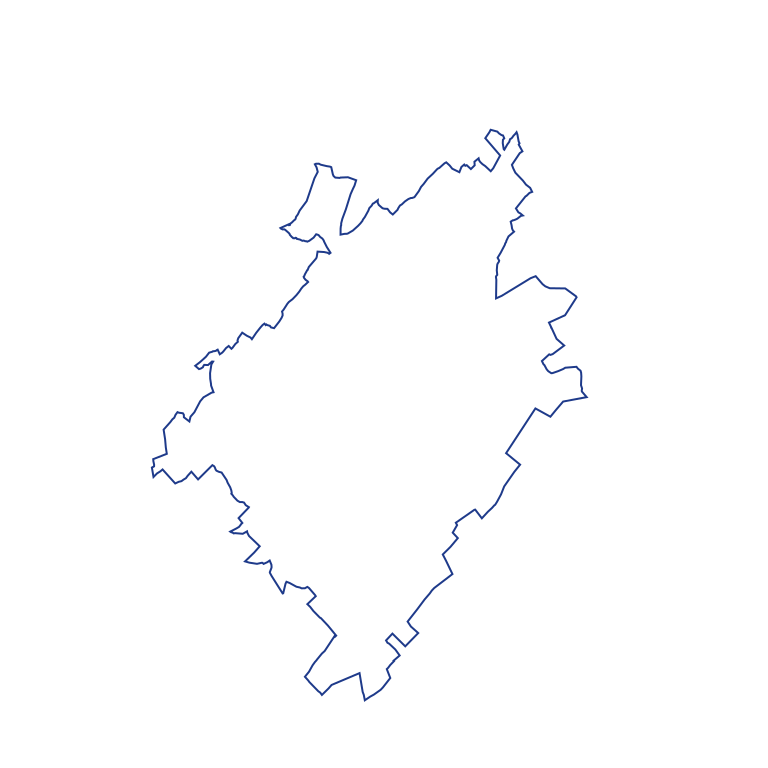 the district of Espita, Yucatán, Mexico, rotated 220°
{"feature_id": "50627088B66728778479631", "entity_name": "Espita", "entity_type": "district", "adm_level": 2, "iso_a3": "MEX", "parent_name": "Mexico", "parent_adm1": "Yucatán", "projection": "equal_earth", "projection_center": [-88.312, 21.01], "detail": "fine", "context": "isolated", "style": "outline", "palette": "blue", "viewbox_px": 768, "rotation_deg": 220, "n_neighbors": 0, "source": "geoboundaries", "source_scale": "gbopen_adm2", "svg_char_len": 6166}
<svg xmlns="http://www.w3.org/2000/svg" viewBox="0 0 768 768"><g transform="rotate(220 384 384)"><path d="M480.0,173.6L478.4,177.1L476.7,179.4L476.1,182.0L475.2,184.5L475.4,187.5L475.2,193.0L465.1,191.4L463.3,211.5L461.3,211.8L460.0,211.4L457.9,210.2L456.6,209.9L454.0,210.6L451.5,211.8L442.9,209.3L440.4,207.9L435.4,206.0L432.5,204.3L430.5,202.6L430.4,201.8L428.2,201.5L426.7,201.0L421.3,200.4L418.5,200.9L416.8,202.4L415.0,203.2L412.0,202.3L408.3,202.8L408.2,202.2L409.2,187.8L403.2,186.5L403.4,184.6L403.3,184.3L403.2,181.4L404.2,178.5L406.9,172.1L405.9,172.2L404.3,172.9L403.2,172.9L402.1,174.1L395.9,178.5L394.2,183.1L392.9,182.1L389.7,180.8L374.9,179.8L375.1,171.4L376.4,158.8L372.3,160.6L365.7,164.6L362.7,168.5L362.1,168.9L360.6,168.8L358.8,172.6L358.1,175.3L354.1,173.2L352.9,172.0L352.1,171.0L350.5,166.4L350.0,166.0L346.7,164.7L327.0,158.4L326.7,158.9L331.1,167.8L331.6,169.8L328.4,170.9L320.8,172.4L317.5,174.1L315.8,174.5L313.3,176.7L312.3,179.3L310.4,179.5L301.1,178.0L299.9,177.6L301.2,166.1L297.2,165.8L292.1,164.7L282.9,163.8L281.9,164.1L271.7,162.9L258.9,160.5L259.1,158.8L259.8,158.9L257.8,141.3L258.3,137.6L258.2,129.4L258.1,129.1L258.2,126.6L257.9,122.6L256.5,115.4L256.4,108.9L251.5,108.2L249.6,107.7L236.8,106.4L234.5,106.6L231.7,105.9L230.8,115.1L230.7,119.8L216.9,146.8L202.4,134.4L199.7,132.9L195.4,129.4L193.6,135.7L192.1,139.6L190.0,147.6L189.8,150.8L190.2,162.8L198.6,167.4L198.4,169.2L198.6,172.8L198.2,178.1L198.8,178.2L197.5,186.1L204.7,187.9L213.1,188.4L215.0,188.0L217.6,188.9L217.1,198.2L199.1,196.7L197.7,215.2L207.5,215.5L213.2,217.2L213.7,232.7L214.4,245.1L214.3,252.9L214.6,256.5L214.4,260.0L209.4,282.4L222.9,288.5L229.4,291.2L228.4,302.0L228.4,313.4L235.8,314.3L237.3,322.9L239.8,323.9L233.9,345.7L233.4,346.4L222.7,344.0L222.3,352.9L221.6,358.5L221.5,362.0L221.2,362.9L221.7,366.4L223.4,374.7L226.1,382.8L227.7,400.5L227.9,409.7L246.0,409.5L252.3,462.6L235.5,465.9L235.6,474.6L235.5,485.7L220.3,504.2L227.4,505.4L228.1,505.8L229.4,507.9L232.3,509.7L237.7,516.7L240.3,519.4L242.0,520.5L245.3,520.4L247.6,520.9L255.6,513.0L256.4,510.6L258.8,505.9L261.9,500.7L262.8,499.8L266.4,499.4L268.8,499.8L273.3,501.6L274.4,501.6L277.8,503.1L276.5,512.9L275.2,513.3L274.0,515.3L270.7,529.3L280.8,529.5L291.8,534.7L292.2,534.6L292.5,535.0L297.1,537.1L289.5,553.1L292.2,574.2L293.2,574.6L306.6,573.7L318.6,563.9L323.2,562.5L326.7,562.4L337.1,564.1L339.7,559.3L350.5,527.2L353.2,521.6L364.9,536.0L367.1,538.0L367.4,538.7L367.4,540.4L370.7,543.6L373.9,548.1L374.4,549.4L374.5,551.1L375.0,552.5L378.1,553.7L379.0,559.5L380.9,568.3L381.5,569.6L381.7,571.2L382.3,572.3L383.5,577.1L382.3,584.3L384.0,584.5L385.8,585.4L388.3,587.6L391.3,589.8L390.6,592.1L390.0,592.7L388.9,594.6L388.1,596.4L387.2,600.8L386.0,602.3L389.2,602.3L391.4,601.9L395.8,603.3L396.2,618.8L395.8,619.6L395.4,623.9L394.0,626.4L398.1,628.2L403.4,628.0L408.3,629.1L419.2,630.3L423.7,632.3L426.9,634.1L428.4,648.1L427.5,651.2L434.7,654.0L434.9,655.5L436.8,656.4L442.2,660.9L444.3,662.1L444.2,659.9L444.4,657.4L444.2,655.2L444.3,653.9L444.8,652.6L443.7,650.0L443.5,646.7L442.4,640.8L443.1,640.8L443.9,641.4L447.9,644.9L449.9,647.6L449.8,649.5L452.6,650.9L454.0,650.2L457.1,649.9L459.4,650.2L465.7,647.3L465.1,644.6L464.4,637.4L441.9,633.7L439.0,619.5L439.0,615.6L446.5,616.0L449.9,615.7L452.9,615.9L454.8,616.4L456.6,617.7L457.6,612.4L455.1,609.8L455.6,604.5L461.3,604.8L462.0,603.4L463.6,603.7L464.2,600.0L462.4,594.7L470.1,592.8L474.1,593.6L478.8,593.8L479.5,592.0L480.5,585.1L481.1,583.9L481.4,582.7L481.7,576.4L482.6,569.4L482.2,562.7L482.3,558.8L481.3,554.2L480.8,546.9L481.0,546.3L482.1,544.5L483.0,543.7L484.2,541.4L485.3,537.4L485.8,533.0L486.5,531.0L486.1,527.9L485.6,526.1L486.2,519.5L489.6,519.4L493.9,520.4L496.4,518.5L498.1,517.7L503.1,517.8L505.5,518.9L506.9,520.8L508.0,515.9L508.5,515.0L508.1,512.6L508.3,509.3L507.4,506.7L506.0,499.6L505.8,496.4L505.4,495.1L505.3,492.0L505.5,488.6L506.5,481.5L508.5,475.9L509.1,475.1L510.8,473.6L513.3,470.5L517.1,475.1L518.6,477.3L518.8,478.0L520.1,479.6L522.1,483.8L525.5,493.3L531.6,507.9L533.2,513.4L534.1,517.0L536.3,522.2L544.5,519.2L550.0,514.2L550.4,513.4L554.0,510.8L556.3,510.9L557.9,511.7L563.8,516.2L565.1,515.8L567.9,514.1L573.5,511.3L575.5,510.9L577.7,509.0L578.2,507.9L574.9,506.6L571.1,503.9L569.5,496.8L560.8,474.4L560.1,462.7L559.0,458.5L558.8,455.5L557.9,453.7L557.8,452.8L558.1,451.7L558.4,448.5L558.8,446.8L558.3,445.2L558.9,444.6L559.6,445.2L563.6,436.9L562.8,436.8L560.9,437.3L560.0,438.3L558.9,438.6L554.1,438.5L552.8,438.3L552.1,437.8L548.8,437.3L548.3,437.5L547.3,437.3L546.3,438.0L545.6,439.3L544.9,439.5L544.2,439.1L541.3,440.6L538.6,441.2L538.0,442.0L536.9,442.6L536.2,442.7L535.0,443.6L534.3,443.7L533.3,445.6L532.0,450.9L532.2,455.1L530.6,455.8L529.7,456.0L527.5,455.6L524.7,455.8L522.4,455.2L521.7,454.7L515.9,452.2L509.3,450.1L509.7,448.5L510.2,448.6L511.9,448.1L514.7,446.6L520.0,442.7L517.2,438.1L516.7,436.7L516.8,425.3L515.8,422.2L516.0,421.9L515.1,417.2L514.5,415.5L514.5,414.5L513.5,413.9L511.0,413.4L508.5,413.6L507.7,413.4L508.2,409.3L508.7,406.9L508.7,403.9L508.3,400.4L508.2,395.8L508.6,390.2L509.6,385.7L509.6,383.4L508.7,376.4L508.7,374.0L507.0,372.8L505.7,371.3L505.0,368.9L504.4,364.6L504.1,356.1L507.0,354.7L508.8,355.2L511.3,354.1L512.4,354.0L512.5,353.1L514.4,353.4L514.9,351.2L515.0,347.8L514.8,341.1L514.0,333.4L516.1,333.8L520.1,332.8L525.6,332.2L525.1,325.4L524.2,323.2L523.1,322.4L523.6,319.0L523.3,314.2L523.5,312.9L527.4,313.3L528.1,310.0L528.0,305.9L528.1,304.0L528.9,301.2L533.5,303.4L533.9,302.5L534.1,301.3L535.4,299.7L536.0,299.3L536.3,298.3L538.1,295.6L537.9,290.5L539.0,282.5L540.3,276.6L535.3,276.5L534.3,278.0L533.5,280.4L533.9,281.6L534.0,283.1L531.0,285.4L530.2,290.7L529.3,291.3L528.8,288.0L524.2,280.5L520.5,276.3L516.5,272.8L515.5,271.7L509.3,268.1L510.5,266.6L513.7,257.8L513.7,252.6L511.1,240.5L511.2,234.6L509.0,230.2L515.9,229.9L517.6,231.8L519.3,232.3L522.6,230.2L524.1,229.7L523.9,226.4L523.0,223.4L523.4,220.9L523.2,217.5L523.5,207.4L516.1,200.9L510.3,195.1L505.5,190.9L512.5,178.1L510.9,176.5L508.2,174.4L507.2,173.1L508.1,170.8L500.8,164.6L500.4,169.6L499.2,173.3L498.7,176.2L480.0,173.6Z" fill="none" stroke="#1e3a8a" stroke-width="2"/></g></svg>